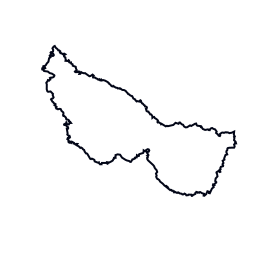 the district of Piratini, Rio Grande do Sul, Brazil, rotated 297°
{"feature_id": "56859067B24745919353096", "entity_name": "Piratini", "entity_type": "district", "adm_level": 2, "iso_a3": "BRA", "parent_name": "Brazil", "parent_adm1": "Rio Grande do Sul", "projection": "equal_earth", "projection_center": [-53.097, -31.406], "detail": "fine", "context": "isolated", "style": "outline", "palette": "ink", "viewbox_px": 256, "rotation_deg": 297, "n_neighbors": 0, "source": "geoboundaries", "source_scale": "gbopen_adm2", "svg_char_len": 5846}
<svg xmlns="http://www.w3.org/2000/svg" viewBox="0 0 256 256"><g transform="rotate(297 128 128)"><path d="M166.8,24.8L164.7,24.5L163.6,25.9L162.0,26.5L161.5,26.3L160.6,24.9L159.9,24.8L159.5,25.6L160.1,27.8L159.3,28.8L158.8,28.8L158.2,28.5L157.7,27.5L157.6,25.6L156.8,25.4L155.8,26.8L154.4,26.0L150.9,27.0L148.5,26.3L146.9,26.3L145.5,25.7L144.7,24.5L143.9,24.7L144.0,25.5L144.5,26.1L143.8,27.1L142.5,26.2L142.0,24.6L141.2,25.0L141.4,26.4L140.7,27.2L140.8,27.8L141.9,30.9L141.4,33.4L141.9,35.5L141.6,38.3L141.2,38.7L139.8,38.6L138.8,37.9L137.5,35.9L137.1,35.7L136.5,36.6L135.9,36.8L134.9,35.9L134.4,36.0L134.3,34.9L132.8,35.1L132.1,34.8L131.1,34.7L130.1,35.8L125.6,38.0L124.1,39.5L124.0,40.4L125.4,42.4L124.3,45.7L123.2,45.9L121.5,47.8L120.3,47.6L119.2,46.5L118.6,46.4L117.1,48.8L117.1,49.6L116.5,50.5L116.4,52.6L115.2,53.0L114.9,52.6L114.4,54.7L113.3,54.5L112.7,55.5L113.1,56.5L112.9,57.1L114.1,58.5L114.3,59.5L113.1,60.9L112.5,63.3L111.3,64.1L110.1,64.2L109.4,65.0L109.8,65.6L109.1,67.9L107.9,68.9L108.2,71.3L107.9,72.0L107.0,72.2L107.3,73.6L106.6,74.9L106.0,73.8L104.3,73.6L103.7,72.1L104.8,70.6L104.2,70.7L102.2,69.4L101.8,69.7L101.9,70.3L102.8,71.5L101.6,72.6L101.7,73.8L100.9,74.7L100.3,74.9L99.6,73.8L95.7,76.7L94.6,76.9L94.1,78.7L94.5,79.4L93.5,80.5L92.8,80.4L92.7,79.5L92.0,79.6L91.7,78.9L90.7,79.0L90.9,79.9L89.9,80.4L89.6,81.4L88.9,81.1L88.4,81.5L88.3,82.3L89.2,82.5L89.7,83.0L88.9,83.3L88.8,84.2L90.3,84.7L90.2,86.6L89.5,86.7L89.7,87.8L89.4,88.7L90.4,89.2L90.8,90.1L89.8,90.0L89.3,90.4L89.3,92.4L88.6,94.5L89.3,95.0L89.2,96.5L88.6,97.5L88.5,98.9L87.3,100.1L86.3,102.1L86.6,102.8L86.5,103.5L83.4,108.3L83.5,109.2L84.3,109.7L84.4,111.7L84.3,112.5L83.1,113.5L83.4,116.7L84.1,117.6L83.6,117.8L83.0,119.7L83.5,120.1L83.7,120.9L85.0,120.6L86.9,124.3L86.9,125.5L88.0,124.8L88.4,125.8L88.0,126.4L90.9,128.5L92.2,129.2L93.5,129.1L94.5,129.6L95.0,129.2L95.7,130.2L96.0,129.7L96.5,130.1L98.2,129.2L99.8,130.7L100.6,133.1L98.9,136.1L98.5,140.3L98.6,142.0L99.1,143.9L98.8,145.4L99.2,146.0L102.1,146.2L102.5,146.9L104.0,148.0L104.4,147.6L105.0,147.8L105.8,149.1L107.8,148.3L107.7,149.9L108.2,150.4L109.1,149.8L109.8,149.9L112.6,152.8L113.3,152.9L115.2,152.1L115.1,153.3L115.5,154.9L116.7,154.2L118.1,155.2L118.3,156.2L117.7,157.1L116.4,157.2L114.8,155.8L113.2,158.4L112.1,157.8L112.0,158.5L110.6,159.0L110.1,158.6L109.1,159.2L108.3,160.5L106.4,167.3L105.7,168.8L104.8,169.6L104.0,171.1L103.5,172.5L102.1,174.0L100.1,173.6L98.5,175.2L97.4,175.2L96.6,176.1L95.9,177.4L96.1,177.9L95.8,179.5L94.8,181.0L94.2,184.2L93.2,186.8L93.3,187.6L93.8,188.3L93.4,189.9L92.8,189.3L91.8,193.8L92.4,194.2L92.5,194.9L92.0,195.8L92.5,196.5L91.7,198.1L92.5,198.2L92.3,200.6L92.9,201.1L92.8,201.9L93.5,202.3L93.2,203.8L93.8,205.6L93.5,206.6L94.1,207.6L95.2,208.1L95.2,209.3L94.5,210.6L95.4,212.0L96.1,212.1L97.4,214.8L96.5,215.6L96.8,216.1L97.7,216.3L99.8,217.9L100.8,217.5L101.4,218.0L102.1,217.9L102.3,218.5L101.9,219.3L102.5,219.9L102.6,220.7L103.2,220.7L103.7,221.4L103.5,223.6L103.9,225.6L102.1,226.1L102.3,226.8L104.6,227.7L107.7,227.5L108.0,229.1L106.8,229.7L107.0,230.5L112.1,230.3L114.3,231.2L115.5,229.6L116.2,229.5L116.1,230.2L116.5,231.0L117.5,230.4L119.4,231.4L119.9,231.2L120.3,229.8L122.8,229.0L125.5,229.7L127.5,228.2L128.3,227.1L128.9,227.0L130.7,228.1L130.4,229.8L130.9,230.2L131.4,229.8L131.9,228.5L132.5,228.5L133.3,229.2L134.4,228.4L135.6,228.4L137.1,230.0L137.7,229.9L138.4,228.8L139.1,228.6L139.8,229.0L140.3,228.8L141.8,227.2L143.6,228.3L144.5,227.5L148.2,227.1L149.5,228.4L151.1,226.6L152.1,226.2L153.3,226.5L154.9,225.9L155.5,226.1L156.5,227.4L158.7,231.5L160.0,231.4L161.5,230.0L162.3,230.4L163.0,230.2L163.4,231.2L164.6,230.1L165.3,228.0L167.3,227.4L168.2,226.5L168.9,227.0L170.2,225.3L173.0,224.2L170.9,222.6L169.8,221.1L169.4,220.6L169.5,219.6L169.0,217.9L168.6,217.6L168.4,216.7L167.2,215.7L167.1,214.7L166.5,213.8L164.6,212.7L163.1,213.6L162.5,213.5L162.3,212.3L163.1,210.9L163.6,208.7L165.1,208.6L166.3,206.2L166.0,204.4L166.2,203.0L165.5,202.2L164.0,201.6L163.2,201.8L162.8,200.9L163.1,199.9L161.3,197.6L161.1,195.1L161.8,193.9L161.8,192.8L162.6,192.8L162.8,192.2L161.5,188.7L161.8,187.8L162.9,186.7L162.2,185.8L158.5,183.4L158.5,182.1L155.5,180.3L154.7,179.0L154.8,177.3L155.9,175.6L155.7,174.2L156.5,171.7L156.1,171.2L154.7,171.1L154.2,168.0L151.3,167.0L147.7,162.7L147.6,161.7L146.6,160.9L147.0,155.9L146.4,155.7L146.8,155.1L147.1,153.0L146.4,152.0L146.7,151.5L148.1,151.4L148.5,150.8L148.9,149.1L149.0,147.4L149.7,146.3L149.0,145.4L148.2,145.1L149.6,144.3L150.4,143.0L150.6,142.4L150.2,141.6L151.2,140.1L151.3,139.4L151.9,138.8L151.5,137.7L151.6,136.8L153.2,135.3L153.7,135.8L154.9,135.5L155.3,134.9L154.9,133.4L155.7,132.6L155.7,131.7L156.4,130.2L156.3,129.4L157.5,127.6L158.2,127.1L158.3,126.4L157.5,126.1L156.8,126.5L156.1,123.9L155.6,123.6L156.1,122.0L156.7,121.5L156.7,119.4L158.3,117.3L158.1,116.7L158.1,114.8L158.5,113.8L158.3,112.8L159.0,111.7L159.1,111.0L160.0,109.0L160.0,107.2L159.4,105.8L159.4,104.7L159.7,103.8L159.3,103.1L159.7,102.6L158.6,101.0L158.9,100.3L158.4,98.6L158.8,95.8L158.2,95.8L157.9,95.0L157.9,94.2L158.7,92.5L158.8,91.2L159.3,90.7L159.4,89.7L159.7,89.3L159.8,86.1L159.4,84.0L158.6,83.3L159.0,82.2L158.0,82.2L157.8,81.4L158.4,80.4L157.8,80.1L157.5,79.5L157.9,78.7L157.7,77.1L158.0,76.0L157.2,73.9L157.7,73.6L159.1,73.7L159.5,72.2L157.3,71.0L156.6,70.1L157.4,64.8L156.8,64.0L156.4,62.1L156.5,61.1L154.6,60.9L154.1,60.1L155.4,60.0L156.2,59.2L155.9,58.3L155.2,58.2L153.9,55.8L154.1,55.1L154.7,55.2L155.7,56.1L156.3,56.1L157.2,54.8L158.8,53.6L158.4,50.5L159.6,49.7L159.6,48.1L160.6,47.4L159.8,46.1L160.3,45.0L161.3,44.9L161.5,44.3L160.3,43.8L159.5,41.8L160.8,41.5L161.3,40.8L162.4,40.2L162.7,38.6L163.6,37.9L165.2,38.8L165.3,37.4L164.1,36.1L164.5,34.7L164.0,33.9L164.7,32.8L165.6,32.8L165.9,31.5L165.5,30.7L166.3,29.2L166.7,27.2L167.8,25.5L166.8,24.8Z" fill="none" stroke="#020617" stroke-width="2"/></g></svg>